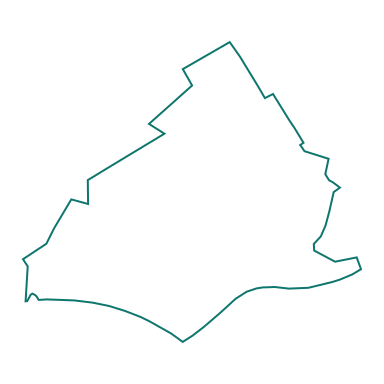 the district of Delaware, Pennsylvania, United States of America
{"feature_id": "52423323B13183182177213", "entity_name": "Delaware", "entity_type": "district", "adm_level": 2, "iso_a3": "USA", "parent_name": "United States of America", "parent_adm1": "Pennsylvania", "projection": "orthographic", "projection_center": [-75.397, 39.934], "detail": "fine", "context": "isolated", "style": "outline", "palette": "teal", "viewbox_px": 384, "rotation_deg": 0, "n_neighbors": 0, "source": "geoboundaries", "source_scale": "gbopen_adm2", "svg_char_len": 999}
<svg xmlns="http://www.w3.org/2000/svg" viewBox="0 0 384 384"><path d="M303.5,142.8L294.5,128.0L289.2,120.1L273.0,94.0L264.9,98.1L258.1,86.4L239.8,56.4L229.7,42.1L219.3,48.1L182.8,69.1L192.1,85.5L149.0,123.9L164.4,133.7L106.8,168.5L87.8,180.1L88.1,204.0L71.3,199.4L54.1,228.3L46.4,243.7L23.0,259.2L27.7,266.4L25.6,301.3L26.7,301.1L27.2,301.1L30.6,294.8L32.4,293.6L35.4,295.2L36.8,296.8L38.7,299.9L38.8,299.9L47.0,299.4L73.6,300.4L74.1,300.4L92.4,302.6L108.7,305.9L109.5,306.1L124.9,310.9L140.4,316.9L140.5,317.0L141.3,317.3L143.5,318.4L148.9,321.0L171.3,333.6L182.7,341.9L192.6,335.6L204.1,326.7L220.4,312.7L235.7,298.7L246.7,291.7L256.6,288.4L262.9,287.4L267.0,287.3L274.7,287.0L288.9,288.6L308.4,287.8L332.6,281.9L339.9,279.6L352.1,274.5L361.0,269.2L356.7,257.4L335.1,261.7L314.2,250.6L313.8,244.0L320.9,236.3L325.6,225.3L329.4,211.1L333.7,192.1L339.9,187.6L332.7,182.2L329.1,180.3L325.3,174.2L328.6,158.8L304.5,151.2L300.2,145.0L303.5,142.8Z" fill="none" stroke="#0f766e" stroke-width="2"/></svg>